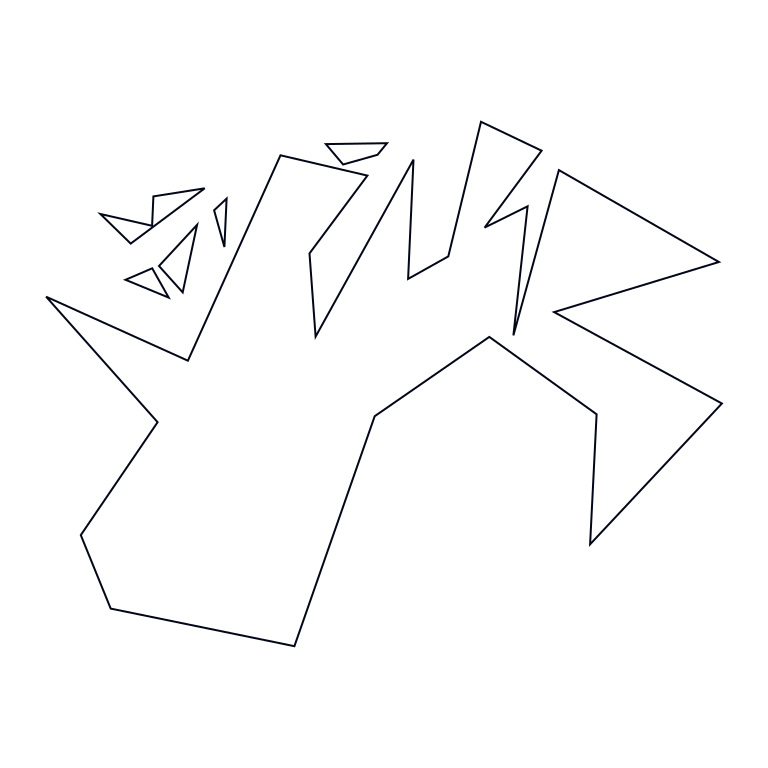 the border of Finnmark
{"feature_id": "NOR-1062", "entity_name": "Finnmark", "entity_type": "County", "adm_level": 1, "iso_a3": "NOR", "parent_name": "Norway", "parent_adm1": "", "projection": "orthographic", "projection_center": [25.614, 69.86], "detail": "coarse", "context": "isolated", "style": "outline", "palette": "ink", "viewbox_px": 768, "rotation_deg": 0, "n_neighbors": 0, "source": "natural_earth", "source_scale": "10m", "svg_char_len": 730}
<svg xmlns="http://www.w3.org/2000/svg" viewBox="0 0 768 768"><path d="M590.1,544.3L596.6,414.3L489.3,336.9L374.7,416.2L294.4,646.2L110.7,608.6L80.8,535.1L157.6,422.2L46.1,296.7L187.9,360.7L280.5,155.3L367.4,175.6L309.5,253.4L315.6,336.6L413.5,159.6L408.1,278.9L448.3,256.4L481.0,121.8L541.6,150.7L484.6,227.6L527.6,206.3L513.4,335.4L558.9,170.1L718.9,262.0L554.1,312.1L721.9,403.5L590.1,544.3ZM130.7,243.6L100.4,214.0L152.1,225.8L153.4,196.4L204.7,188.3L130.7,243.6ZM197.1,224.8L182.7,292.4L159.0,266.0L197.1,224.8ZM325.9,144.1L387.0,143.2L377.5,154.8L343.1,164.5L325.9,144.1ZM226.6,198.6L224.4,247.0L214.1,210.3L226.6,198.6ZM152.2,268.3L168.7,297.6L125.5,279.8L152.2,268.3Z" fill="none" stroke="#020617" stroke-width="2"/></svg>